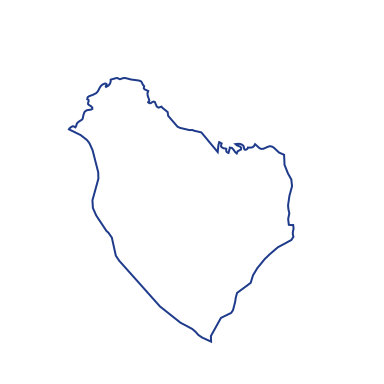 an SVG outline of Sanliurfa, rotated 59°
{"feature_id": "TUR-3017", "entity_name": "Sanliurfa", "entity_type": "Province", "adm_level": 1, "iso_a3": "TUR", "parent_name": "Turkey", "parent_adm1": "", "projection": "natural_earth1", "projection_center": [38.713, 37.351], "detail": "fine", "context": "isolated", "style": "outline", "palette": "blue", "viewbox_px": 384, "rotation_deg": 59, "n_neighbors": 0, "source": "natural_earth", "source_scale": "10m", "svg_char_len": 2424}
<svg xmlns="http://www.w3.org/2000/svg" viewBox="0 0 384 384"><g transform="rotate(59 192 192)"><path d="M236.6,285.4L213.5,289.8L207.4,290.1L189.8,284.2L183.9,284.6L181.3,285.4L162.8,286.2L154.7,285.2L147.8,281.6L144.5,278.1L132.4,265.4L126.7,262.2L105.0,255.7L97.5,254.8L93.6,255.2L85.9,258.1L74.9,265.2L74.3,263.9L74.1,261.9L74.3,260.1L75.3,259.3L76.5,258.7L76.0,257.6L74.0,255.4L73.6,254.1L73.4,252.6L73.3,249.0L72.8,247.9L69.8,245.1L68.2,243.1L67.8,242.0L67.8,239.8L69.3,236.3L69.5,234.7L68.3,234.0L66.7,234.3L64.1,235.6L63.1,235.8L62.0,235.1L61.0,233.9L59.8,233.3L58.4,234.0L57.0,232.5L56.9,230.8L57.7,226.6L57.9,223.2L57.6,221.9L56.9,220.3L55.0,217.2L54.1,215.3L53.8,213.0L54.2,210.7L55.2,209.7L56.2,209.9L56.9,211.5L57.7,211.5L57.7,208.5L56.8,206.4L55.5,204.9L53.8,203.8L55.2,198.7L55.8,197.4L56.7,196.7L57.5,196.3L58.2,195.7L59.0,192.1L60.2,190.2L64.1,186.4L69.2,180.0L70.9,178.7L72.8,178.6L74.7,178.9L76.6,178.5L78.2,179.9L79.5,179.8L82.9,177.5L84.4,179.3L86.4,180.3L91.5,181.4L92.0,181.9L92.2,183.1L92.6,183.4L93.2,183.2L93.5,182.9L93.7,182.6L94.1,182.5L94.6,181.7L94.5,180.0L94.7,178.3L95.7,177.5L100.6,178.2L102.4,177.3L103.1,174.2L104.3,174.1L110.9,171.7L114.5,173.2L128.5,170.8L130.8,169.3L137.7,162.2L139.1,159.6L140.2,159.0L145.7,153.3L171.0,149.4L165.4,145.2L163.3,143.0L165.6,141.6L165.8,141.9L167.3,143.3L167.9,143.6L168.9,143.5L169.6,143.1L170.2,142.8L170.6,142.6L171.1,142.1L171.8,141.1L172.6,140.4L174.6,141.6L175.6,141.6L176.5,141.2L177.3,140.6L174.4,137.5L173.4,136.7L174.8,135.1L177.2,134.6L179.7,134.5L182.0,133.8L180.6,131.9L180.8,128.2L179.6,127.1L178.1,127.3L175.0,129.5L173.4,130.0L174.4,127.7L175.6,126.0L177.1,124.8L178.8,124.2L179.8,124.3L182.1,125.1L182.7,125.1L183.5,124.1L183.6,122.9L183.3,121.9L182.7,121.2L184.0,119.1L184.8,117.3L184.7,115.5L183.5,113.3L189.1,111.6L190.6,110.6L191.7,108.6L192.3,103.8L192.8,101.7L194.2,100.1L196.2,99.0L203.0,97.1L207.5,93.9L216.4,98.7L225.6,100.2L232.4,100.4L238.6,103.3L245.5,110.5L253.0,116.6L256.6,118.3L260.3,119.5L264.7,123.5L270.0,125.9L271.3,124.2L272.4,122.3L275.6,123.7L278.5,126.4L280.5,127.5L282.6,128.1L284.3,131.5L283.6,146.9L285.4,157.6L286.4,161.7L286.8,163.8L290.9,175.2L294.8,182.6L300.1,188.5L301.7,205.3L305.0,208.8L308.6,211.8L314.4,217.7L315.8,220.7L314.8,232.0L325.2,250.0L330.1,252.7L322.1,258.2L317.8,260.2L313.5,261.0L309.4,262.4L298.1,269.2L273.6,278.4L236.6,285.4Z" fill="none" stroke="#1e3a8a" stroke-width="2"/></g></svg>